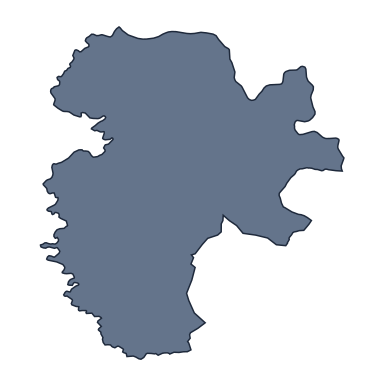 Maseru (Maseru District), Maseru, Lesotho, rotated 89°
{"feature_id": "5366337B82586937750220", "entity_name": "Maseru (Maseru District)", "entity_type": "district", "adm_level": 2, "iso_a3": "LSO", "parent_name": "Lesotho", "parent_adm1": "Maseru", "projection": "equal_earth", "projection_center": [27.512, -29.345], "detail": "fine", "context": "isolated", "style": "filled", "palette": "slate", "viewbox_px": 384, "rotation_deg": 89, "n_neighbors": 0, "source": "geoboundaries", "source_scale": "gbopen_adm2", "svg_char_len": 5946}
<svg xmlns="http://www.w3.org/2000/svg" viewBox="0 0 384 384"><g transform="rotate(89 192 192)"><path d="M308.6,304.0L308.7,300.0L309.2,299.5L310.9,300.1L311.6,299.6L311.4,294.2L314.8,291.6L314.7,287.0L316.0,285.0L316.6,284.7L319.2,288.2L320.7,288.8L324.8,285.0L327.1,287.6L327.9,288.0L328.4,287.9L330.5,285.6L332.4,285.5L335.9,283.6L337.7,284.1L340.9,283.4L343.4,281.6L343.2,278.7L343.5,276.1L345.0,274.9L345.7,273.8L346.4,271.8L344.9,269.3L344.9,268.0L347.5,263.9L348.2,263.3L350.7,264.1L351.5,262.9L352.3,260.6L355.4,259.9L355.0,253.6L356.0,251.1L357.9,247.9L358.3,245.9L356.6,243.1L352.9,240.5L352.5,239.4L352.7,235.7L353.2,232.1L352.9,231.0L354.6,228.7L352.7,224.3L352.4,222.1L352.4,219.2L353.3,217.1L353.6,217.0L351.9,212.8L352.2,207.8L351.6,203.4L351.6,199.4L349.8,195.8L342.9,197.9L341.5,199.0L338.2,196.4L334.6,196.9L332.7,196.0L328.4,188.5L323.0,181.1L313.0,191.8L300.5,197.1L293.2,199.2L280.0,193.7L267.5,190.2L264.0,194.3L257.7,191.6L254.9,193.7L253.8,189.9L244.6,182.6L238.6,177.1L235.5,167.1L232.4,163.5L224.3,163.3L221.1,161.6L215.8,161.2L221.3,155.1L226.3,148.0L234.2,141.7L236.2,129.1L239.3,117.2L246.2,108.6L247.3,99.2L244.9,97.4L244.4,97.5L241.3,95.6L240.0,95.8L239.1,95.4L236.4,93.1L234.4,91.9L233.7,90.6L233.3,88.2L232.5,85.5L232.3,80.9L231.2,79.9L226.2,75.6L222.6,73.1L219.7,76.9L217.7,80.2L216.6,83.3L216.2,86.0L213.7,92.4L209.0,99.8L208.6,100.9L204.7,102.7L199.6,103.9L197.2,104.9L195.5,104.9L194.4,104.5L188.1,98.8L184.9,97.1L179.3,92.9L176.5,89.5L175.5,88.6L172.8,87.1L171.8,85.7L170.8,83.6L170.7,81.2L169.7,76.7L170.1,75.0L170.0,74.5L170.3,71.9L171.5,68.6L171.7,66.0L173.0,62.0L172.8,60.6L171.5,58.6L171.5,57.0L172.1,55.0L173.2,47.7L173.7,41.4L171.3,42.2L168.5,42.4L161.1,39.6L160.3,39.6L159.2,40.6L151.4,45.1L149.8,45.5L147.9,45.3L143.2,44.1L142.0,44.3L141.1,45.6L140.6,47.2L140.9,53.5L140.9,56.8L140.6,58.2L139.5,60.5L134.7,65.8L133.5,68.7L133.7,70.9L136.3,80.1L136.5,83.2L136.3,84.1L135.5,85.1L131.9,87.8L130.1,88.4L127.8,88.3L126.8,88.6L124.0,87.8L122.4,86.3L122.3,85.1L123.7,78.1L123.0,74.6L122.2,73.0L119.7,70.1L116.3,67.7L113.8,67.6L109.0,69.6L99.9,71.7L97.2,71.2L92.0,69.0L88.9,68.8L87.4,69.7L83.3,73.8L82.4,74.3L79.2,75.5L71.1,76.0L69.2,76.9L68.9,77.5L68.3,79.3L68.4,80.2L68.6,81.0L71.6,84.7L71.9,85.9L72.0,92.5L73.2,96.0L74.2,97.3L75.7,98.2L82.7,99.1L84.1,99.6L85.4,100.5L85.9,102.3L86.2,112.2L87.3,115.9L89.2,118.1L92.6,120.4L95.3,123.1L100.5,127.0L101.3,129.2L101.4,131.1L100.5,133.1L98.8,134.8L88.0,140.1L86.8,140.9L82.3,146.3L80.3,147.3L78.3,147.8L72.8,147.0L63.3,149.9L59.8,151.8L50.5,152.2L49.4,153.0L47.2,156.7L39.9,162.8L36.1,165.2L34.5,168.2L33.2,174.6L32.5,180.3L33.5,186.7L33.7,190.6L33.4,194.3L31.4,205.2L31.2,209.3L31.6,212.9L32.3,215.0L33.6,218.3L36.0,222.6L37.5,227.6L38.3,234.8L38.3,238.4L37.5,243.4L33.9,253.0L29.4,258.8L26.6,261.0L25.7,262.1L27.5,264.6L30.1,266.7L33.7,268.6L34.8,269.6L35.6,271.1L35.0,273.6L33.3,278.7L33.2,279.9L33.9,282.5L34.0,284.7L32.6,287.7L32.5,289.6L34.7,292.2L35.9,294.4L36.9,295.3L38.2,295.8L39.0,296.0L40.8,294.6L42.5,292.6L44.4,292.5L45.1,293.1L46.5,296.7L49.8,300.5L49.9,301.9L48.8,303.1L47.9,305.0L48.0,306.1L48.4,306.7L53.5,308.8L56.0,307.6L57.4,308.0L59.8,309.7L61.4,311.7L62.3,312.0L64.0,311.2L65.3,311.6L66.3,313.9L68.2,315.3L69.0,317.2L71.5,318.4L74.1,320.4L74.4,321.0L74.1,323.5L75.1,324.9L76.7,324.6L77.9,323.8L78.7,322.6L79.6,322.3L82.0,322.5L83.0,323.1L83.5,324.0L84.4,328.0L85.3,328.6L86.3,330.7L87.5,331.4L89.0,331.6L90.5,331.3L96.3,327.3L97.8,327.3L102.0,328.8L102.6,328.6L106.1,324.3L108.8,320.0L109.2,318.7L109.4,315.2L109.8,313.3L113.0,308.7L114.9,303.0L114.8,301.8L113.5,301.3L111.2,301.5L110.6,300.0L111.2,297.3L116.1,292.8L116.7,289.7L117.0,284.7L116.5,282.8L114.5,279.6L114.3,278.7L114.5,278.2L115.1,277.4L115.9,277.0L117.4,277.7L119.2,280.2L119.8,281.9L121.5,284.8L123.9,287.6L126.3,291.1L127.1,291.5L129.1,288.2L128.7,286.0L130.3,282.7L130.4,281.0L130.1,279.6L130.3,278.8L131.7,278.7L136.6,280.4L137.0,280.3L137.7,279.5L138.3,277.9L137.9,273.1L136.5,271.2L136.8,270.4L137.7,270.0L138.2,270.1L142.7,274.7L143.3,277.7L143.7,278.2L146.4,279.6L148.5,278.2L149.9,278.3L152.9,281.4L153.8,283.9L154.9,285.6L155.5,289.8L154.9,290.9L153.3,292.3L150.9,293.7L149.6,295.1L149.2,297.3L149.1,299.7L148.7,300.5L147.9,301.2L147.9,304.3L150.1,309.2L155.9,314.8L160.1,322.0L160.9,325.1L161.8,327.4L161.3,329.6L161.8,330.5L162.8,331.2L165.0,331.7L170.8,330.6L172.7,330.9L175.0,331.9L176.4,333.5L177.3,336.3L178.0,337.5L181.3,340.7L182.2,340.5L185.9,337.2L188.7,336.7L190.4,335.7L191.1,334.7L191.2,333.6L190.5,331.6L190.6,329.8L194.9,328.5L195.3,327.3L195.2,326.2L196.3,326.0L198.0,326.3L201.8,328.7L202.6,329.8L205.5,335.9L206.8,337.2L207.4,337.3L208.0,336.9L208.7,335.7L209.0,333.5L209.3,333.0L211.6,332.4L212.1,331.7L211.5,330.4L210.1,329.3L210.1,328.3L210.8,326.2L211.9,325.3L213.0,325.2L214.7,325.5L216.1,323.8L218.8,318.2L223.3,317.0L223.7,317.2L224.1,318.2L226.1,320.5L226.4,324.8L227.4,327.6L229.5,329.4L232.3,330.8L234.0,330.8L235.8,329.6L235.9,329.2L235.1,327.5L237.1,326.3L238.8,326.5L240.9,328.3L241.7,329.9L241.3,332.5L241.6,334.0L241.2,336.0L240.2,338.7L240.3,340.0L241.7,342.2L242.3,344.4L243.1,344.4L244.3,343.9L245.3,341.5L245.6,339.2L244.8,337.8L244.4,335.8L245.9,330.5L245.2,328.1L245.5,327.5L248.5,325.4L249.0,325.2L250.9,326.0L254.3,330.1L254.8,331.0L253.6,333.9L253.2,336.1L254.4,337.6L256.5,338.5L257.2,337.9L257.7,336.7L259.5,328.6L262.2,322.4L264.6,320.7L265.5,320.5L267.3,321.1L269.9,323.2L270.6,323.0L271.3,320.8L271.5,318.7L271.2,314.4L271.9,312.6L275.1,311.1L275.9,311.2L277.2,314.6L278.0,315.8L279.7,317.1L282.4,317.8L283.0,316.6L283.2,313.3L281.0,312.0L280.4,310.9L281.0,307.9L281.7,307.0L282.4,306.8L283.0,307.1L284.1,309.8L287.1,314.2L289.6,315.4L289.8,316.2L289.0,318.8L289.3,319.7L290.2,320.7L292.6,322.1L293.7,321.4L294.0,320.5L293.9,318.7L297.4,313.8L298.4,313.4L301.4,314.6L302.7,314.1L304.4,309.9L304.7,307.2L307.5,307.6L308.3,307.4L308.9,306.4L308.6,304.0Z" fill="#64748b" stroke="#1e293b" stroke-width="1.5"/></g></svg>